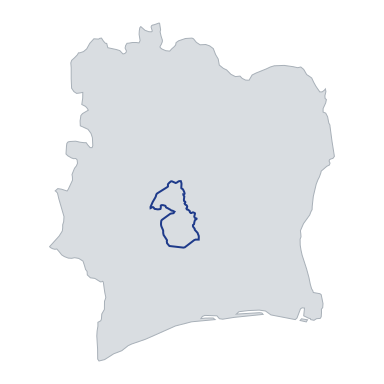 location of Marahoué within Ivory Coast
{"feature_id": "CIV-3444", "entity_name": "Marahoué", "entity_type": "Department", "adm_level": 1, "iso_a3": "CIV", "parent_name": "Ivory Coast", "parent_adm1": "", "projection": "robinson", "projection_center": [-5.831, 7.116], "detail": "fine", "context": "in_parent", "style": "outline", "palette": "blue", "viewbox_px": 384, "rotation_deg": 0, "n_neighbors": 0, "source": "natural_earth", "source_scale": "10m", "svg_char_len": 5908}
<svg xmlns="http://www.w3.org/2000/svg" viewBox="0 0 384 384"><path d="M78.5,52.8L79.9,52.8L83.5,51.6L86.7,48.9L89.8,43.3L93.9,38.8L98.5,39.1L99.9,38.3L101.5,38.1L103.4,41.1L105.4,43.3L106.7,43.4L107.8,47.7L116.2,49.5L119.8,50.6L122.8,53.8L123.9,53.8L125.2,53.2L126.2,52.1L126.4,50.9L125.1,48.1L125.6,45.6L127.0,43.3L129.2,43.1L132.4,42.5L136.2,42.5L139.0,42.9L140.1,40.6L139.1,34.3L139.3,30.8L139.8,27.8L140.8,26.6L145.0,30.3L148.8,31.7L151.5,31.8L152.3,31.1L151.1,27.0L151.5,25.8L152.5,25.1L154.3,24.7L159.1,23.0L159.6,23.4L160.6,29.8L160.1,31.8L161.1,36.2L162.4,40.2L162.3,41.8L161.3,44.3L160.0,46.6L160.2,47.6L162.1,49.1L165.8,50.7L169.7,51.1L171.8,48.8L174.1,46.8L175.6,45.1L176.1,42.6L178.6,40.8L185.5,38.5L192.0,38.1L193.5,38.8L196.4,42.4L200.1,44.8L205.7,44.5L209.7,45.9L213.3,48.6L215.6,54.6L218.2,59.0L219.3,65.1L223.4,68.4L226.6,69.9L230.9,74.3L235.4,76.6L240.0,76.1L242.2,78.4L245.6,80.1L249.1,80.2L252.1,75.0L256.1,73.0L266.3,68.9L270.3,67.0L274.3,65.8L284.1,65.4L293.2,66.7L297.7,67.7L300.8,67.0L303.7,69.4L306.7,74.6L309.2,76.2L311.7,78.0L313.6,82.1L315.8,86.1L317.0,87.9L319.8,91.9L322.1,91.9L324.4,90.2L325.4,88.9L325.9,91.6L324.9,95.8L325.1,98.5L326.4,99.5L325.7,102.9L323.1,108.6L323.1,112.1L325.7,113.1L327.6,116.8L328.8,123.0L329.9,125.0L330.0,126.3L332.0,141.3L334.4,156.4L332.9,158.4L330.8,159.0L329.5,159.7L329.1,161.1L330.0,163.1L329.4,165.0L326.8,166.3L321.2,171.1L320.8,173.0L319.3,177.1L318.0,179.6L316.2,184.2L313.3,196.4L312.2,206.5L312.1,209.6L310.9,211.8L309.7,215.0L303.5,223.6L300.4,230.7L300.8,233.8L301.0,236.9L300.1,239.1L300.2,245.1L301.0,250.1L302.1,255.1L306.6,269.0L308.9,277.4L310.3,284.3L311.6,288.8L312.8,290.7L313.3,292.5L319.9,293.7L321.2,294.7L323.0,303.6L322.7,307.6L321.4,309.2L321.5,312.6L321.2,316.8L320.2,318.4L316.5,318.7L314.0,320.3L310.7,319.6L310.4,318.6L308.6,318.2L303.7,315.8L304.5,308.1L302.2,307.8L300.5,308.8L297.0,318.0L295.3,319.6L270.9,314.9L265.5,311.0L259.2,310.1L248.1,310.6L238.9,311.7L236.3,314.1L259.4,312.7L261.9,313.0L263.1,314.4L233.9,317.4L222.7,319.2L219.4,318.7L216.9,315.8L204.8,315.4L202.4,316.4L200.9,318.6L205.6,318.1L213.1,318.0L215.1,319.6L191.6,321.8L175.3,326.0L168.4,329.1L145.6,339.2L131.7,344.0L128.1,345.7L121.8,350.7L113.7,353.8L104.6,359.6L99.0,361.0L97.7,359.1L97.6,349.2L96.8,336.0L97.1,331.0L97.9,326.2L97.9,322.3L100.7,320.8L101.4,319.2L101.8,314.0L104.4,309.4L104.5,301.2L105.2,299.5L105.8,297.4L104.7,292.0L103.3,282.0L102.6,281.3L102.0,281.7L100.5,281.9L94.8,278.4L90.4,277.8L87.3,274.9L87.1,271.5L85.6,269.5L84.5,265.6L83.0,261.1L78.7,258.4L74.6,257.7L71.7,258.3L68.3,258.1L64.4,256.6L61.7,254.9L59.1,251.6L56.8,249.0L54.9,249.3L52.6,248.7L50.3,247.5L49.6,246.6L59.1,236.1L62.3,231.0L62.7,227.9L62.7,224.8L63.7,221.5L64.0,216.6L58.8,198.7L57.5,193.1L56.1,191.5L55.2,190.9L57.8,188.6L61.5,189.2L67.1,191.0L68.3,189.2L72.5,180.2L72.4,176.8L72.0,174.5L74.5,168.3L76.4,165.9L77.5,163.3L77.1,159.8L75.7,158.5L73.7,158.7L71.4,157.9L67.8,155.8L66.0,154.0L66.5,145.9L66.9,143.3L68.1,141.9L70.1,141.5L75.7,141.2L80.1,142.2L84.1,142.7L86.2,142.7L87.9,145.1L90.1,147.6L92.1,147.6L92.8,145.7L92.4,137.7L91.0,133.4L88.0,129.3L80.3,125.8L80.1,120.9L80.9,115.5L82.5,113.6L88.3,110.2L87.3,108.4L85.5,106.4L81.8,104.5L82.7,98.1L82.8,92.4L79.7,93.0L76.6,93.4L73.9,91.6L71.6,88.2L71.2,78.7L71.2,67.7L70.8,62.9L71.7,60.3L74.4,57.9L77.4,54.8L78.5,52.8ZM307.5,319.8L306.3,321.9L300.1,320.5L301.5,318.8L307.5,319.8Z" fill="#d9dde1" stroke="#a8b0b8" stroke-width="1"/><path d="M198.7,239.6L195.5,239.6L194.1,240.2L184.8,247.3L183.4,247.6L169.4,246.0L167.1,243.3L166.8,241.5L167.0,240.2L165.4,237.7L163.6,235.0L163.2,233.0L163.2,231.2L163.1,230.3L161.4,226.4L161.1,225.2L161.0,224.1L161.1,222.3L161.2,221.4L161.4,220.5L162.0,219.8L170.4,213.7L171.4,213.5L172.8,213.3L173.4,213.2L173.7,213.0L173.8,212.6L174.0,212.4L174.5,211.7L172.6,210.7L171.5,210.6L171.3,210.5L170.4,209.7L169.9,209.5L167.7,208.2L166.5,207.7L166.2,207.5L166.0,207.3L165.9,207.1L165.7,206.4L165.3,205.8L163.3,205.2L162.3,205.1L161.7,205.1L161.4,205.2L161.0,205.4L160.8,205.6L160.8,205.9L160.8,207.4L160.7,208.2L160.4,209.0L159.5,209.2L158.5,209.3L157.2,209.3L155.7,209.0L155.0,209.0L154.5,208.7L154.2,208.5L154.0,208.0L153.6,207.6L153.2,207.2L152.7,207.1L152.1,207.3L151.6,207.6L150.6,208.1L150.5,207.0L152.7,202.0L155.2,197.7L155.8,196.5L156.1,195.2L156.6,194.0L157.2,193.4L166.3,187.7L167.7,186.8L167.9,186.5L168.0,186.2L167.9,185.0L167.9,184.6L168.1,184.0L169.4,182.6L170.9,181.4L171.4,181.3L172.1,181.4L175.7,183.0L176.5,182.7L177.4,182.2L178.3,181.5L179.0,181.2L179.4,181.1L180.8,181.1L181.4,183.0L181.5,183.9L181.3,187.4L181.3,188.0L181.4,188.3L181.6,188.5L181.8,188.6L182.0,188.7L182.3,188.8L182.8,189.2L183.3,190.0L184.2,192.0L184.5,193.0L184.6,193.6L184.5,193.9L184.4,194.0L184.2,194.2L183.7,194.3L183.3,194.3L183.5,195.3L183.6,195.5L184.3,196.4L183.9,199.7L184.0,200.8L184.3,201.2L184.4,201.3L184.9,201.5L185.3,202.0L185.3,202.3L185.3,202.6L185.2,202.8L184.8,203.2L184.6,203.5L184.8,203.9L185.1,204.3L185.3,204.5L185.6,204.8L186.3,205.1L186.6,205.3L186.8,205.6L187.1,206.2L187.2,206.6L187.1,206.9L186.9,207.4L187.0,207.6L186.9,207.9L186.7,208.0L186.4,208.4L186.5,208.7L186.8,209.3L187.0,209.5L187.4,209.7L187.7,209.7L188.0,209.7L188.3,209.8L189.1,210.6L189.7,211.0L189.8,211.3L189.8,211.6L189.9,212.2L190.2,212.5L190.6,212.8L190.8,213.0L191.1,213.0L191.4,213.0L191.6,213.0L191.9,212.8L192.0,212.7L192.4,212.5L192.9,212.4L193.2,212.4L193.5,212.5L194.8,213.1L194.9,213.3L195.0,213.7L194.6,215.2L194.4,215.9L194.3,216.2L194.3,216.6L194.5,217.2L194.7,217.6L194.9,217.8L195.1,218.0L195.3,218.1L195.5,218.2L196.5,218.5L196.6,218.8L196.5,219.0L196.4,219.2L196.2,219.3L195.6,219.7L195.2,219.9L194.8,220.5L194.7,220.9L194.3,222.4L194.2,223.3L194.0,224.2L193.0,225.0L192.9,226.0L193.3,227.0L194.6,228.6L194.8,229.8L195.3,230.4L197.6,232.9L197.7,233.3L198.2,234.6L198.7,235.8L198.8,236.9L198.7,239.5L198.7,239.6Z" fill="none" stroke="#1e3a8a" stroke-width="2"/></svg>